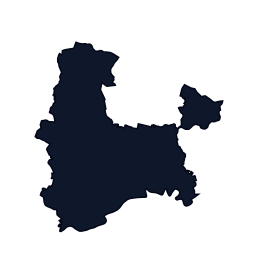 Ha Trung, Thanh Hóa, Vietnam, rotated 350°
{"feature_id": "81297802B67206181597957", "entity_name": "Ha Trung", "entity_type": "district", "adm_level": 2, "iso_a3": "VNM", "parent_name": "Vietnam", "parent_adm1": "Thanh Hóa", "projection": "orthographic", "projection_center": [105.848, 20.055], "detail": "fine", "context": "isolated", "style": "filled", "palette": "ink", "viewbox_px": 256, "rotation_deg": 350, "n_neighbors": 0, "source": "geoboundaries", "source_scale": "gbopen_adm2", "svg_char_len": 5870}
<svg xmlns="http://www.w3.org/2000/svg" viewBox="0 0 256 256"><g transform="rotate(350 128 128)"><path d="M131.1,56.8L126.1,52.3L123.6,50.6L119.8,49.4L117.3,49.0L115.8,47.5L114.6,47.0L113.4,46.9L112.2,47.2L109.8,46.8L109.0,46.4L107.1,43.5L106.7,40.8L105.9,39.5L104.8,38.7L101.7,38.4L100.9,37.6L97.7,37.3L94.6,36.2L91.7,34.5L88.6,39.8L87.8,40.1L80.7,40.0L77.4,40.3L76.8,40.5L75.9,44.2L75.0,44.2L73.5,42.8L72.4,44.2L70.8,47.4L70.3,50.7L71.0,52.6L70.9,55.5L72.2,61.3L72.1,62.3L71.5,62.8L69.7,65.7L69.9,68.7L69.4,69.6L68.4,70.6L67.9,72.2L67.4,72.7L64.0,74.5L63.1,75.6L61.9,76.1L61.8,76.9L62.1,78.6L61.7,79.1L61.9,79.4L61.5,79.9L61.0,81.5L60.0,82.5L61.3,83.3L62.1,84.2L62.0,84.3L60.9,84.2L60.6,84.6L60.7,85.0L61.6,86.1L61.5,86.4L60.6,86.5L60.3,86.8L61.1,88.7L60.5,89.5L60.5,90.3L59.0,90.8L57.3,93.7L55.7,94.3L55.0,95.3L54.4,97.2L53.4,98.8L53.8,99.5L55.4,100.6L56.1,101.2L57.1,102.9L57.2,107.4L57.0,109.1L56.6,109.3L51.8,108.2L50.6,107.6L50.0,106.8L48.6,105.9L47.4,106.1L46.8,105.8L45.7,106.1L44.5,105.8L44.1,106.0L42.2,109.6L42.5,112.5L40.9,113.8L38.3,115.0L35.2,120.3L36.5,122.1L37.3,122.5L39.3,122.9L41.1,124.5L43.4,125.9L44.8,127.1L45.1,127.6L48.5,130.2L44.7,134.0L44.2,134.9L45.8,140.9L47.4,141.7L46.7,143.0L46.8,143.6L48.2,145.1L45.4,145.8L44.7,146.2L43.7,147.4L43.4,148.1L43.4,148.9L45.2,151.9L46.3,155.1L47.1,158.5L47.0,159.7L45.1,159.4L45.1,161.3L44.7,162.9L43.8,164.2L44.0,164.5L45.2,164.6L46.0,165.6L45.9,166.3L45.2,167.3L44.3,169.8L43.3,171.1L41.9,172.3L41.4,172.2L40.9,171.6L40.3,171.5L36.8,174.9L36.4,174.9L36.0,174.6L36.0,173.6L35.7,173.2L34.1,172.6L33.4,172.7L33.1,173.1L33.0,175.0L31.4,176.3L30.1,178.9L32.9,181.6L32.6,186.5L32.9,188.7L33.4,189.7L34.9,191.2L38.9,193.7L40.4,195.1L41.4,195.6L43.7,196.0L43.1,200.8L43.3,201.4L44.7,203.3L47.2,205.5L47.1,205.9L46.4,205.8L46.0,206.1L45.8,207.5L44.6,207.0L44.1,207.2L44.2,207.6L45.0,208.1L45.0,209.0L46.5,209.4L46.6,209.9L46.2,210.3L45.7,211.4L44.7,210.7L44.2,210.7L43.5,211.1L42.4,212.3L42.5,212.7L43.7,212.0L44.4,212.0L43.4,213.2L44.4,214.1L44.5,214.5L43.6,215.8L42.9,217.7L43.9,218.3L46.8,217.2L50.7,214.7L53.9,214.5L54.8,214.7L56.5,215.7L58.6,218.1L62.1,221.0L64.1,221.5L69.3,221.4L73.1,220.5L77.7,220.2L79.3,219.6L81.7,219.0L87.5,218.2L89.2,217.4L90.1,216.4L90.4,215.5L90.5,214.5L89.3,211.1L89.4,210.3L89.8,210.0L93.7,208.8L98.5,208.2L103.2,206.8L106.0,205.0L109.9,201.2L113.0,199.4L115.2,198.3L117.7,197.8L121.7,197.9L126.4,198.2L133.8,199.2L134.1,199.0L134.5,197.8L134.2,193.1L134.8,191.6L135.3,191.3L136.1,191.5L137.3,193.4L138.4,194.5L140.0,195.3L144.6,196.6L149.4,199.7L150.1,199.7L150.8,199.3L153.6,195.0L154.8,194.7L155.4,195.2L155.4,197.4L156.4,201.1L157.0,202.0L157.3,202.1L158.1,201.9L159.9,199.4L163.1,196.5L164.0,196.2L165.7,196.9L167.6,198.9L167.7,200.3L167.3,201.9L166.0,203.4L163.1,204.8L162.6,205.5L162.7,206.2L163.3,207.0L163.9,207.3L167.0,207.1L168.3,207.4L168.8,207.8L169.4,208.6L169.8,212.1L170.2,213.7L170.9,214.4L171.6,214.8L173.5,214.9L175.7,214.2L177.1,213.5L177.9,212.8L178.4,212.0L178.5,211.3L177.8,210.4L178.7,208.8L181.7,207.7L185.9,205.5L182.2,204.9L182.0,204.0L182.5,202.1L182.5,201.0L181.8,198.9L181.9,198.2L182.3,197.7L183.8,197.0L184.9,195.9L185.1,194.0L183.6,192.6L184.0,192.1L186.1,191.5L185.8,189.3L185.8,187.1L185.2,186.6L183.1,187.0L182.6,186.5L182.5,185.2L184.1,183.7L182.8,181.9L182.5,181.8L182.1,182.3L181.7,184.1L181.1,184.2L179.4,182.7L179.6,181.8L180.8,181.4L180.9,181.0L180.8,180.8L178.7,180.0L177.6,180.6L176.9,180.1L177.4,178.9L177.1,177.8L175.1,174.3L175.4,173.7L176.5,173.2L176.7,172.8L177.2,170.4L178.1,169.1L178.2,167.5L179.4,166.4L179.9,164.0L179.3,162.9L177.6,161.4L177.2,159.3L176.3,157.6L175.8,155.5L174.4,154.6L173.9,153.8L174.2,152.6L173.8,149.9L175.0,148.1L175.0,147.6L174.2,146.2L174.5,144.7L174.2,142.9L175.5,141.7L176.4,140.2L176.9,138.1L177.6,137.2L179.1,136.5L181.2,136.7L184.2,139.1L187.3,139.8L188.6,139.4L191.8,137.2L194.1,136.2L195.3,136.1L198.6,137.6L199.1,138.0L199.8,140.5L200.7,141.2L202.6,142.1L203.9,142.3L205.5,141.7L206.5,141.0L208.0,138.3L210.7,136.4L212.0,136.2L213.7,136.8L219.0,136.1L219.8,135.3L220.6,133.4L220.7,132.8L220.0,129.6L220.4,128.0L220.9,127.0L221.5,126.5L222.1,126.5L222.2,123.2L222.4,121.8L224.1,121.0L225.1,119.7L225.9,117.8L222.9,117.6L218.1,117.9L216.2,116.8L213.9,114.0L209.8,109.9L208.7,109.7L205.8,109.9L202.0,104.7L200.6,101.1L196.9,99.5L191.2,95.2L188.8,97.6L187.8,99.1L185.0,105.4L186.3,106.0L186.7,106.6L187.1,107.7L188.3,108.9L189.1,108.5L189.0,109.2L188.6,109.6L189.2,110.6L188.9,111.4L189.1,112.6L188.2,112.6L187.4,113.6L187.8,114.0L188.4,115.4L187.8,115.8L186.6,115.9L186.3,116.1L185.6,117.7L183.9,116.7L182.4,116.6L181.3,116.9L182.2,120.4L183.1,122.6L183.6,122.8L184.3,123.8L184.5,125.0L184.3,126.3L181.7,129.2L181.7,130.9L181.1,134.5L180.1,135.4L178.9,135.7L177.7,136.5L177.0,137.3L175.8,136.8L175.9,136.4L174.9,135.5L174.7,134.4L175.1,133.1L174.4,132.2L173.8,132.0L172.9,132.1L172.2,132.6L170.7,132.3L169.9,132.6L167.3,132.6L167.0,131.8L165.3,131.3L164.2,131.5L162.5,132.8L160.7,132.7L159.3,132.4L157.9,131.4L156.5,131.7L156.1,130.6L155.8,130.4L155.5,130.5L154.7,131.7L154.0,131.7L153.7,131.2L154.3,130.0L154.1,129.3L153.7,129.3L151.8,129.5L151.4,131.0L150.8,131.3L150.4,131.1L150.4,130.7L138.9,125.7L137.1,130.3L132.9,129.0L131.4,127.6L129.0,126.6L126.6,124.9L126.0,124.7L125.4,125.0L125.2,126.5L124.8,127.3L121.1,125.5L117.4,125.1L117.6,124.5L119.0,123.7L119.0,122.9L118.2,122.4L115.8,121.9L113.3,122.3L113.2,121.6L113.8,119.4L113.1,117.2L112.8,116.7L111.2,115.6L110.6,114.3L109.5,113.9L108.8,111.9L108.5,110.8L108.4,106.4L108.5,106.0L109.5,105.5L109.4,97.1L110.2,95.9L110.2,95.5L107.5,85.5L110.3,78.6L112.4,81.2L114.4,83.2L122.9,83.7L122.5,82.2L121.2,81.3L120.8,80.2L121.0,79.3L122.0,78.7L122.5,78.0L122.2,77.1L123.0,75.6L122.9,75.1L121.6,73.3L120.6,71.0L120.7,69.0L121.1,67.1L122.0,65.8L124.5,63.4L125.5,61.8L129.0,59.0L131.1,56.8Z" fill="#0f172a" stroke="#020617" stroke-width="1.5"/></g></svg>